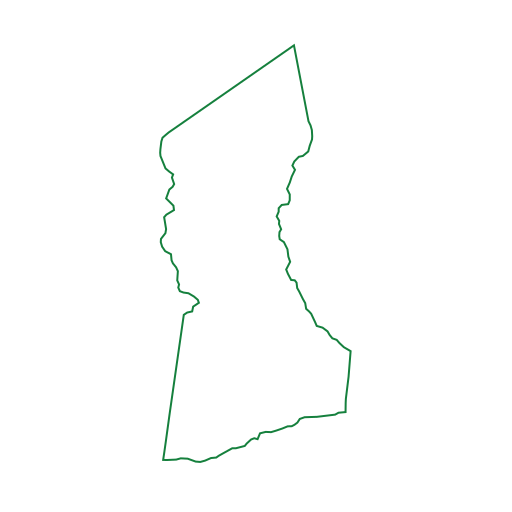 Orocó, Pernambuco, Brazil, rotated 7°
{"feature_id": "56859067B75752294715592", "entity_name": "Orocó", "entity_type": "district", "adm_level": 2, "iso_a3": "BRA", "parent_name": "Brazil", "parent_adm1": "Pernambuco", "projection": "mercator", "projection_center": [-39.584, -8.455], "detail": "fine", "context": "isolated", "style": "outline", "palette": "green", "viewbox_px": 512, "rotation_deg": 7, "n_neighbors": 0, "source": "geoboundaries", "source_scale": "gbopen_adm2", "svg_char_len": 1854}
<svg xmlns="http://www.w3.org/2000/svg" viewBox="0 0 512 512"><g transform="rotate(7 256 256)"><path d="M268.0,42.3L154.3,144.0L151.6,146.9L148.8,150.0L148.1,153.9L148.1,161.6L148.3,165.2L149.0,168.4L155.5,180.1L159.6,182.8L163.8,185.1L163.0,188.4L166.0,194.6L164.8,197.5L161.9,200.6L159.8,209.8L167.9,216.1L169.0,220.4L162.0,225.9L160.1,228.7L163.5,240.3L163.3,244.4L159.6,250.6L159.8,253.9L161.7,258.2L165.3,262.3L171.4,264.6L172.7,270.5L174.4,273.4L178.1,277.0L180.3,280.6L180.8,289.8L183.1,293.6L182.7,296.8L184.7,300.2L188.5,301.1L193.5,301.2L199.4,303.8L203.6,306.6L205.0,309.4L199.8,313.9L199.4,318.8L194.6,320.5L191.5,323.2L189.5,423.3L189.1,450.8L188.9,461.8L188.7,469.7L192.1,469.4L201.6,467.8L206.0,466.0L212.9,465.5L221.2,467.4L225.8,467.2L230.4,465.3L236.0,462.0L241.1,460.9L243.4,458.8L247.2,456.0L255.9,449.7L259.4,449.3L268.0,445.9L269.6,443.3L273.5,438.7L276.5,437.1L279.9,437.6L281.6,431.5L287.1,429.4L292.4,429.0L297.4,426.8L303.2,424.0L308.2,421.2L312.2,420.6L314.8,418.8L317.4,416.3L319.3,412.4L323.9,410.1L336.1,408.2L353.9,403.8L357.0,401.5L363.9,400.0L362.9,390.8L362.6,386.8L362.6,379.9L362.6,364.6L361.5,338.9L354.3,335.8L349.4,332.2L346.3,329.4L341.8,328.4L338.7,325.4L336.2,322.1L330.8,319.0L324.8,318.0L322.7,314.4L317.8,306.6L315.5,304.6L312.2,302.3L310.6,296.8L307.8,293.0L303.2,286.0L300.8,282.8L299.5,277.5L297.4,275.4L293.8,275.5L289.8,269.7L287.6,265.7L288.8,262.5L290.6,257.6L288.2,252.7L286.4,245.5L282.0,238.8L277.5,236.5L276.6,233.3L276.4,229.4L277.7,226.4L274.9,221.4L274.8,218.3L271.7,214.2L273.1,209.3L272.7,205.8L275.3,202.2L281.6,200.6L282.7,196.6L282.0,190.8L278.6,185.6L280.6,178.9L281.8,172.7L284.2,165.7L281.1,161.8L282.5,157.5L286.4,152.3L290.3,151.0L295.1,145.9L295.9,140.0L297.4,133.5L297.2,130.3L296.1,124.2L294.2,119.7L291.7,115.9L268.0,42.3Z" fill="none" stroke="#15803d" stroke-width="2"/></g></svg>